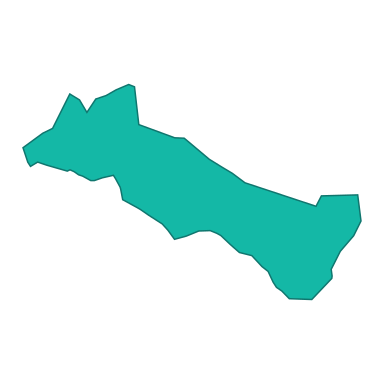 outline of Ede North, Osun, Nigeria
{"feature_id": "59680162B47259322211203", "entity_name": "Ede North", "entity_type": "district", "adm_level": 2, "iso_a3": "NGA", "parent_name": "Nigeria", "parent_adm1": "Osun", "projection": "mercator", "projection_center": [4.479, 7.716], "detail": "fine", "context": "isolated", "style": "filled", "palette": "teal", "viewbox_px": 384, "rotation_deg": 0, "n_neighbors": 0, "source": "geoboundaries", "source_scale": "gbopen_adm2", "svg_char_len": 923}
<svg xmlns="http://www.w3.org/2000/svg" viewBox="0 0 384 384"><path d="M289.3,298.7L311.8,299.5L331.8,278.4L332.1,276.0L331.2,269.3L340.3,251.3L353.7,235.7L361.0,221.0L357.7,194.9L321.4,195.9L316.0,206.3L282.5,195.2L245.0,182.8L232.3,173.3L222.4,167.4L209.3,159.3L184.2,138.2L174.7,137.8L138.8,124.6L134.5,86.8L128.7,84.5L116.2,89.8L106.0,95.6L95.8,99.0L86.9,112.4L79.5,99.9L69.8,94.0L52.6,128.4L42.8,133.2L23.0,147.7L27.8,162.2L30.5,166.4L37.6,162.1L46.8,165.2L67.3,171.1L70.0,169.8L74.2,171.7L78.6,174.8L82.6,176.1L90.8,180.6L94.3,180.6L102.4,177.8L113.4,175.3L115.6,178.8L120.1,187.1L120.7,189.2L122.7,199.7L137.0,207.5L140.1,209.3L148.8,215.3L162.2,223.9L167.9,230.2L174.5,239.3L186.3,236.1L198.8,231.0L210.2,230.6L216.8,233.3L220.8,235.5L230.2,244.4L233.8,247.6L239.4,252.5L251.8,255.6L262.0,266.6L268.1,271.4L273.2,282.3L276.5,287.4L281.8,291.0L289.3,298.7Z" fill="#14b8a6" stroke="#0f766e" stroke-width="1.5"/></svg>